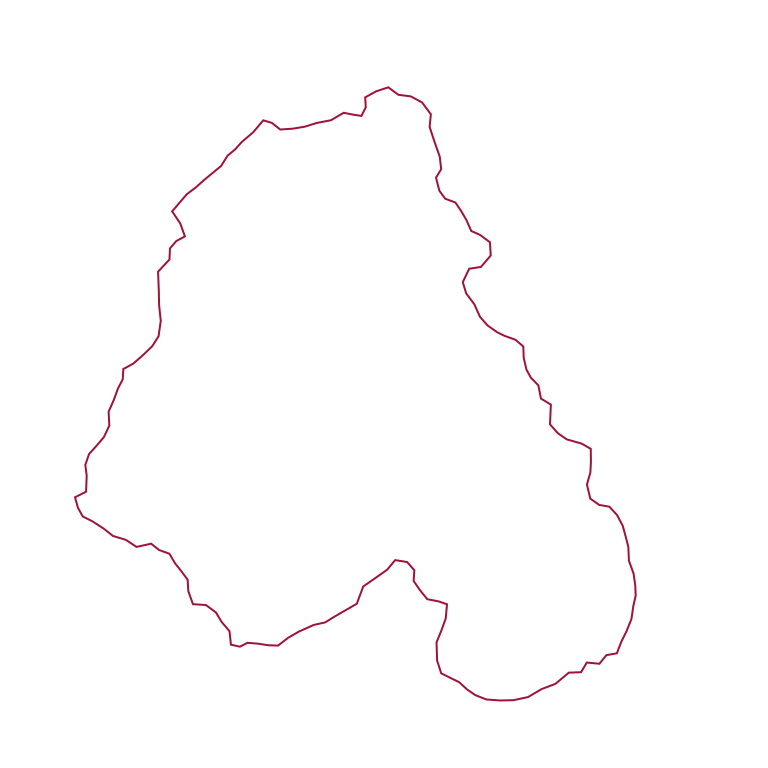 outline of Visconde do Rio Branco, Minas Gerais, Brazil, rotated 190°
{"feature_id": "56859067B8561147773652", "entity_name": "Visconde do Rio Branco", "entity_type": "district", "adm_level": 2, "iso_a3": "BRA", "parent_name": "Brazil", "parent_adm1": "Minas Gerais", "projection": "robinson", "projection_center": [-42.844, -21.023], "detail": "fine", "context": "isolated", "style": "outline", "palette": "rose", "viewbox_px": 768, "rotation_deg": 190, "n_neighbors": 0, "source": "geoboundaries", "source_scale": "gbopen_adm2", "svg_char_len": 2246}
<svg xmlns="http://www.w3.org/2000/svg" viewBox="0 0 768 768"><g transform="rotate(190 384 384)"><path d="M169.1,356.0L178.9,359.6L194.4,361.2L204.4,365.8L213.5,373.1L216.1,392.7L226.9,396.9L231.7,409.4L240.4,415.7L246.2,422.9L251.0,434.2L253.3,445.1L262.2,450.4L273.9,452.4L282.0,454.8L292.3,459.7L301.2,466.9L308.9,478.2L318.8,487.5L324.1,498.0L320.1,512.3L308.9,516.1L301.2,529.1L304.3,542.0L315.5,547.6L324.6,549.8L331.4,559.9L338.1,567.8L345.2,575.1L355.9,577.1L363.0,583.9L368.6,596.2L365.0,605.5L368.6,617.6L376.1,630.9L383.7,645.1L384.7,657.8L395.4,667.9L407.6,671.9L420.0,671.3L431.3,676.9L442.5,670.9L452.3,663.0L450.0,653.3L452.8,644.1L461.4,643.9L470.8,644.1L482.0,634.6L495.8,629.3L506.6,623.7L518.2,619.6L530.4,616.6L539.8,621.7L548.7,622.7L556.4,609.4L566.2,597.5L571.3,589.2L577.6,581.9L582.3,570.4L590.8,560.5L597.7,552.3L603.4,545.0L611.1,536.7L616.9,527.0L622.6,517.2L612.5,506.7L605.7,494.8L613.4,488.7L618.3,480.4L616.9,469.3L626.0,455.4L622.0,436.9L619.2,422.7L614.8,407.4L614.3,391.9L618.8,381.0L626.0,371.1L634.4,360.6L643.3,353.5L642.1,343.2L645.2,333.4L647.3,321.5L650.4,308.9L647.3,295.4L650.6,283.1L656.4,273.2L662.3,263.8L664.1,252.5L660.9,242.2L658.7,226.2L668.6,218.8L663.9,208.9L657.6,201.2L647.5,198.2L634.9,192.9L624.6,187.3L611.2,185.7L599.4,180.6L585.6,186.3L576.6,181.4L565.9,179.6L558.7,171.2L550.5,163.9L543.4,157.2L540.7,145.9L533.9,134.0L521.0,135.4L509.8,129.8L502.6,121.5L493.2,113.7L489.5,100.7L480.3,100.3L473.5,105.4L463.2,106.4L452.8,106.6L442.9,108.0L434.5,117.3L425.1,125.2L411.6,134.4L400.4,139.1L392.4,146.3L383.7,153.6L372.6,162.9L369.3,181.0L357.3,192.9L348.7,201.6L342.4,212.5L330.4,212.7L321.8,205.9L320.6,195.2L312.9,187.3L304.0,179.6L292.6,179.4L283.7,178.0L282.5,163.9L284.7,151.0L287.4,138.7L283.7,120.9L277.4,109.0L267.3,106.0L258.2,103.4L249.3,97.7L240.2,93.5L228.5,91.1L214.7,92.5L201.6,95.1L187.8,100.7L175.7,111.0L163.1,118.5L151.9,131.8L139.9,134.4L135.9,144.9L123.3,145.9L117.9,155.6L107.9,159.2L105.6,171.2L102.2,182.7L99.5,195.6L99.9,208.5L99.4,219.4L101.6,229.3L105.3,240.6L112.1,252.5L115.1,266.0L119.3,275.3L124.2,285.7L131.7,295.4L140.8,302.3L151.1,302.3L160.9,306.9L166.7,320.2L165.4,332.8L166.7,343.2L169.1,356.0Z" fill="none" stroke="#9f1239" stroke-width="2"/></g></svg>